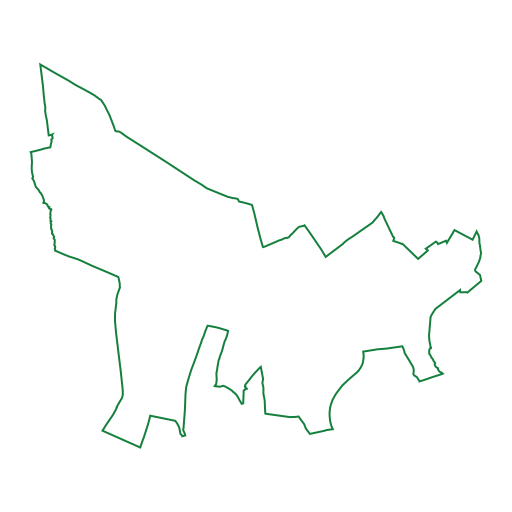 outline of Romanesti, Iasi, Romania
{"feature_id": "2599482B96915203273112", "entity_name": "Romanesti", "entity_type": "district", "adm_level": 2, "iso_a3": "ROU", "parent_name": "Romania", "parent_adm1": "Iasi", "projection": "natural_earth1", "projection_center": [27.339, 47.277], "detail": "fine", "context": "isolated", "style": "outline", "palette": "green", "viewbox_px": 512, "rotation_deg": 0, "n_neighbors": 0, "source": "geoboundaries", "source_scale": "gbopen_adm2", "svg_char_len": 5955}
<svg xmlns="http://www.w3.org/2000/svg" viewBox="0 0 512 512"><path d="M442.8,373.7L442.3,373.2L441.1,372.6L441.0,372.3L440.4,372.2L439.3,371.4L438.5,370.3L438.2,369.6L438.0,369.3L437.9,368.6L438.0,368.2L436.8,367.6L435.9,366.9L434.8,365.0L434.7,364.3L434.7,363.9L435.2,363.2L434.7,362.7L434.4,361.9L433.6,361.0L432.8,359.2L432.5,358.7L431.6,357.8L430.1,354.7L429.3,354.1L429.2,350.3L429.8,348.6L431.0,348.1L431.1,347.6L430.5,346.6L430.2,344.7L429.3,340.2L429.2,337.8L429.0,335.7L430.6,316.8L432.5,313.4L435.4,308.9L460.0,290.1L460.0,291.1L460.3,292.3L466.6,292.2L467.3,292.6L481.3,280.9L480.0,275.0L475.8,271.6L475.3,271.0L475.1,270.1L475.3,268.9L476.2,267.5L479.2,261.2L479.5,259.9L479.8,259.2L480.2,258.1L480.5,255.6L481.1,253.2L480.6,250.7L479.9,245.1L479.4,243.0L479.3,238.4L478.9,236.7L478.4,234.8L476.9,232.3L476.6,231.5L472.6,239.7L454.5,230.1L446.9,242.9L446.0,240.7L438.1,244.1L437.9,243.6L437.2,242.6L435.9,241.6L425.8,248.7L427.5,249.9L427.8,250.4L427.7,250.6L418.1,258.9L403.2,244.5L402.4,243.9L402.3,244.1L399.3,242.9L393.3,240.9L394.1,238.4L394.2,237.6L393.1,236.8L384.9,219.6L383.7,216.7L383.7,216.2L383.0,215.2L381.7,212.8L381.1,212.0L376.6,217.9L374.5,220.1L373.4,221.6L372.2,222.8L371.1,223.6L351.9,237.0L349.1,238.7L346.1,240.9L343.9,242.8L342.8,244.0L325.7,256.9L321.0,249.1L309.8,232.7L304.5,225.3L303.5,225.9L299.5,226.7L298.9,227.0L297.5,228.1L294.5,231.2L292.4,233.5L290.8,234.8L288.9,237.2L287.3,237.9L286.8,238.0L285.6,237.9L283.0,238.9L282.3,239.4L278.6,240.6L276.9,241.4L264.8,246.6L263.0,247.1L261.7,242.9L260.1,237.3L258.7,231.6L258.3,230.5L254.1,212.5L252.0,205.0L250.4,204.4L243.9,202.6L239.4,201.6L239.0,201.4L238.8,201.2L238.1,199.4L237.6,199.0L236.9,198.7L235.5,198.4L232.2,198.0L229.7,197.2L228.4,197.1L206.8,188.3L201.5,184.6L194.2,180.3L164.7,161.0L131.0,139.5L126.4,136.6L121.1,132.7L120.1,132.1L118.8,131.5L116.1,131.3L115.7,131.2L115.4,130.9L114.9,129.7L113.7,126.1L109.7,115.7L108.3,112.7L106.9,110.1L104.7,105.5L103.6,103.8L101.4,100.5L101.1,100.0L100.2,99.5L99.1,98.8L94.1,95.1L91.1,93.4L84.5,89.7L76.7,85.6L73.6,83.8L69.6,81.2L54.3,72.6L40.3,64.5L43.0,86.4L43.5,92.6L44.1,98.3L44.6,103.1L45.3,107.0L45.3,109.1L45.1,110.1L45.2,111.4L45.9,116.1L46.6,118.9L46.9,120.7L48.7,135.4L50.7,135.0L52.3,134.4L52.1,134.7L52.0,135.2L52.0,135.7L52.5,137.1L52.6,138.0L52.2,138.9L51.3,139.5L51.5,140.5L51.6,141.4L51.3,142.8L51.0,143.7L50.3,147.3L43.7,148.7L39.8,149.9L30.7,152.1L31.1,152.9L31.4,154.1L32.0,162.3L31.7,166.7L31.7,168.2L31.9,171.7L33.1,177.2L32.3,178.4L32.7,179.1L33.0,179.4L34.1,181.4L35.2,185.0L35.9,187.0L38.7,190.1L40.0,192.5L40.7,192.9L42.4,195.9L43.7,199.4L44.0,200.9L43.7,202.2L43.3,202.8L43.6,203.1L44.5,202.8L44.9,203.0L47.0,204.3L47.3,204.7L47.6,205.8L48.6,206.8L49.1,207.0L48.6,207.5L48.7,207.8L49.3,208.3L49.6,208.8L50.6,208.8L51.1,209.1L51.3,209.4L51.3,209.8L50.7,211.0L50.6,211.7L50.2,214.0L50.3,214.3L50.6,214.9L50.3,216.7L50.4,217.2L50.1,217.8L50.6,218.8L50.7,219.1L50.5,220.0L50.5,220.4L50.5,220.7L51.2,221.1L51.3,221.3L50.8,221.6L50.6,221.8L50.8,222.8L50.7,223.1L50.9,223.7L51.1,223.9L51.4,224.5L51.1,225.5L51.0,226.3L51.2,228.0L51.1,228.7L51.2,229.2L51.8,229.9L52.0,230.5L52.2,231.3L52.1,231.9L52.1,233.0L51.9,233.4L51.9,233.6L52.8,234.1L53.1,235.1L54.1,236.6L54.2,237.0L54.1,237.3L53.8,237.6L53.6,238.4L54.8,239.9L54.7,242.0L54.6,243.9L54.3,244.6L54.3,245.0L54.8,245.6L54.8,246.0L55.1,246.4L55.2,247.6L54.8,248.4L55.0,248.8L55.0,249.2L55.3,250.1L55.1,250.6L63.1,254.1L70.4,257.0L71.4,257.2L78.7,259.6L92.7,266.1L103.3,270.5L118.3,277.0L119.0,279.8L119.7,283.4L119.8,284.4L119.7,286.2L120.0,287.6L119.6,288.3L117.4,294.5L116.5,298.4L116.3,300.2L116.3,303.3L115.1,312.9L115.0,316.2L115.0,320.5L115.2,323.2L116.0,332.3L118.4,352.2L120.7,370.9L121.2,375.7L122.5,387.5L122.8,392.4L122.7,395.2L122.3,397.0L121.9,398.1L117.7,405.2L116.6,407.5L116.8,407.6L116.7,407.9L114.9,411.4L112.8,415.1L105.9,425.2L102.5,430.7L140.2,447.5L142.5,440.8L143.8,437.5L148.2,423.7L149.6,418.3L150.2,415.7L175.2,420.8L176.9,423.0L178.8,426.5L179.4,428.3L180.4,433.6L180.6,434.0L182.0,435.4L182.3,436.3L185.2,435.4L184.9,434.6L185.0,434.2L183.2,430.1L183.2,429.8L183.2,429.3L183.4,428.9L183.5,428.4L184.9,410.0L185.5,394.4L185.8,390.6L186.2,387.0L188.4,379.0L191.2,370.0L193.6,363.7L197.4,353.3L198.9,348.7L201.5,341.6L201.9,339.8L202.8,338.1L203.7,336.0L204.1,334.7L205.5,330.7L207.3,326.3L207.7,325.7L215.7,327.2L219.3,328.1L228.1,330.8L227.1,335.4L225.5,339.7L224.8,340.9L223.1,346.7L222.8,348.2L222.1,350.6L221.4,352.6L220.0,356.1L219.2,359.2L218.9,359.6L218.6,360.5L217.4,367.3L217.2,369.1L216.5,372.6L216.4,373.6L216.7,379.8L216.2,383.9L214.7,386.0L215.9,386.4L217.3,386.3L218.5,386.7L219.8,386.7L220.9,386.5L223.0,385.8L223.3,385.8L224.5,386.3L225.2,386.5L226.5,387.3L230.0,389.3L232.3,390.9L233.0,391.8L234.6,393.0L236.1,394.4L237.9,397.1L239.6,400.3L241.7,403.8L243.2,403.4L243.7,390.5L245.7,389.2L246.9,388.7L246.7,388.4L246.0,388.4L245.2,387.5L245.2,387.2L245.4,387.0L245.5,386.6L245.4,386.2L245.0,386.1L245.3,384.9L245.5,384.4L249.0,380.2L251.4,377.0L253.8,374.1L256.5,371.2L259.0,368.5L260.8,366.9L263.0,378.5L262.9,380.5L262.6,381.4L262.4,383.1L263.4,387.5L263.4,393.9L264.2,397.7L264.7,400.8L265.1,410.6L265.4,413.7L289.8,417.1L295.8,416.9L298.6,416.5L300.4,419.1L303.8,423.6L304.2,424.2L305.9,428.6L309.9,433.9L312.2,433.4L323.9,430.9L326.4,430.1L332.8,429.2L331.5,426.3L331.1,424.9L330.2,421.4L330.0,420.2L329.6,415.6L329.6,412.0L330.1,407.7L330.7,405.3L331.3,403.4L332.6,399.8L335.3,394.9L336.2,393.5L342.2,385.6L348.4,379.7L356.9,372.4L358.5,370.7L360.3,368.2L362.0,365.1L362.5,363.9L363.0,361.9L363.6,357.7L363.7,356.0L363.2,351.6L377.5,349.3L386.4,348.6L402.3,346.3L403.5,348.8L404.4,351.6L404.7,353.3L405.4,354.2L408.4,359.1L409.4,360.7L412.7,366.3L413.2,367.4L413.8,370.5L413.7,371.3L413.4,373.7L413.4,374.4L413.9,375.0L414.4,375.6L416.6,376.9L417.0,377.3L417.7,378.5L418.6,379.7L419.5,381.4L423.8,380.1L431.8,377.3L440.9,374.4L442.8,373.7Z" fill="none" stroke="#15803d" stroke-width="2"/></svg>